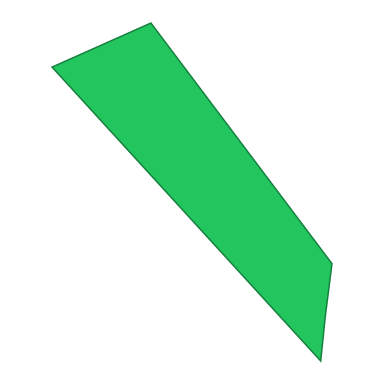 outline of Baiti
{"feature_id": "NRU-4976", "entity_name": "Baiti", "entity_type": "state/province", "adm_level": 1, "iso_a3": "NRU", "parent_name": "Nauru", "parent_adm1": "", "projection": "natural_earth1", "projection_center": [166.929, -0.506], "detail": "fine", "context": "isolated", "style": "filled", "palette": "green", "viewbox_px": 384, "rotation_deg": 0, "n_neighbors": 0, "source": "natural_earth", "source_scale": "10m", "svg_char_len": 199}
<svg xmlns="http://www.w3.org/2000/svg" viewBox="0 0 384 384"><path d="M52.0,67.1L150.9,23.0L332.0,263.7L325.5,314.7L320.7,361.0L52.0,67.1Z" fill="#22c55e" stroke="#15803d" stroke-width="1.5"/></svg>